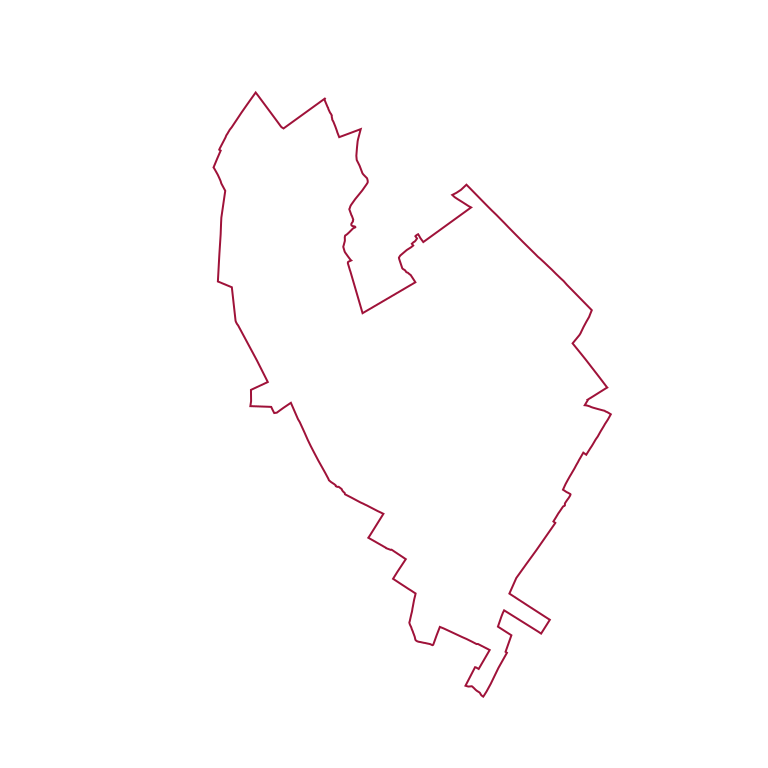 Sihlea, Vrancea, Romania (Robinson projection), rotated 122°
{"feature_id": "2599482B87031961829785", "entity_name": "Sihlea", "entity_type": "district", "adm_level": 2, "iso_a3": "ROU", "parent_name": "Romania", "parent_adm1": "Vrancea", "projection": "robinson", "projection_center": [27.167, 45.48], "detail": "fine", "context": "isolated", "style": "outline", "palette": "rose", "viewbox_px": 768, "rotation_deg": 122, "n_neighbors": 0, "source": "geoboundaries", "source_scale": "gbopen_adm2", "svg_char_len": 6142}
<svg xmlns="http://www.w3.org/2000/svg" viewBox="0 0 768 768"><g transform="rotate(122 384 384)"><path d="M360.6,592.7L364.8,590.4L376.2,584.1L385.1,579.2L382.6,564.3L408.9,543.5L409.3,543.1L409.9,542.3L410.8,540.8L411.1,540.2L411.6,538.8L431.4,504.2L443.9,483.6L459.5,493.7L469.0,487.6L473.6,485.6L469.6,478.7L464.3,469.5L463.2,467.5L464.9,464.9L466.8,461.7L465.1,459.7L461.8,458.4L457.4,456.6L449.3,453.0L459.4,438.3L461.0,435.2L467.2,425.8L471.7,419.2L475.3,413.5L478.8,407.6L483.7,399.2L490.5,386.8L493.9,380.9L494.8,379.7L495.2,377.1L495.3,373.0L495.6,371.1L496.2,370.7L496.0,369.1L495.2,368.0L495.5,364.5L495.7,363.9L496.3,363.2L496.9,361.6L497.2,359.7L498.2,358.6L497.6,351.5L497.2,345.4L496.9,341.1L496.5,338.2L496.3,335.9L496.1,334.5L495.1,321.9L494.7,318.7L494.4,315.7L507.8,315.7L520.0,315.7L522.7,315.8L521.9,295.4L522.1,295.2L521.1,290.4L520.5,289.8L521.0,272.7L535.8,273.1L544.4,273.1L544.5,268.5L544.6,265.1L544.7,259.1L544.8,255.0L544.8,251.2L544.9,248.0L544.9,246.2L546.8,245.5L549.6,244.6L551.1,244.1L557.7,241.5L559.3,240.9L561.6,239.9L563.0,239.4L564.0,239.1L564.9,238.8L566.9,238.1L570.3,236.9L571.7,236.4L572.7,236.2L573.2,235.8L574.0,234.9L575.0,233.5L575.4,232.7L576.3,231.5L577.1,230.6L578.7,228.3L579.5,227.4L580.2,226.4L581.4,224.9L581.9,224.2L584.2,221.9L584.5,221.3L584.6,220.5L584.6,220.1L584.6,219.6L584.5,219.0L584.3,218.3L584.1,217.6L583.8,217.0L583.4,216.0L583.0,214.8L582.7,214.0L582.3,212.8L582.0,212.3L581.1,209.7L580.5,208.1L580.1,206.9L580.0,206.2L580.0,205.6L579.8,204.5L579.4,204.2L579.0,204.1L575.2,204.9L569.3,206.2L560.4,207.9L559.7,204.0L558.9,197.6L557.2,183.6L556.5,178.9L555.9,172.8L555.5,167.7L554.7,166.6L553.6,153.4L575.5,152.7L575.6,155.8L575.9,156.7L596.7,155.0L596.5,154.2L596.2,153.2L595.9,152.2L595.0,150.9L594.1,149.8L593.8,149.3L593.8,149.0L593.9,148.5L593.9,148.1L594.1,147.4L594.2,146.6L594.4,145.9L594.8,144.1L594.9,143.4L595.0,142.5L595.0,141.2L595.0,139.6L595.2,138.8L595.6,138.0L596.0,137.5L596.4,136.3L596.6,134.2L595.5,134.1L590.3,134.1L581.7,134.6L564.2,136.5L546.8,137.3L546.7,139.0L529.6,142.8L529.4,158.8L519.0,161.2L515.2,161.9L512.3,162.2L512.3,150.1L512.3,122.0L512.4,118.5L496.1,118.4L495.8,138.6L495.7,146.0L495.3,166.6L478.4,169.0L461.1,167.9L443.9,166.7L411.5,165.1L411.0,165.1L410.8,167.5L408.7,167.5L406.1,167.5L401.4,167.6L399.9,167.5L397.6,167.4L394.4,167.3L392.9,167.2L392.5,167.0L391.9,166.5L391.4,166.3L391.1,166.3L390.8,166.4L389.9,167.1L389.1,167.3L387.9,167.3L385.4,167.2L383.0,167.0L380.5,167.0L379.0,167.2L378.7,167.4L378.6,167.8L378.7,169.6L378.7,170.3L378.8,171.0L378.9,172.0L378.8,174.7L378.8,176.2L374.2,176.8L372.6,177.0L367.8,177.3L363.3,177.5L361.7,177.5L359.0,177.6L355.0,177.7L350.6,178.0L347.4,178.1L345.3,178.3L341.7,178.4L339.1,178.5L336.6,178.6L336.8,175.0L329.5,175.0L326.4,174.9L322.2,175.0L319.0,175.1L316.9,175.0L315.3,174.9L309.4,175.2L302.7,175.3L301.1,175.4L295.4,175.3L291.5,175.5L289.5,175.6L289.5,177.0L289.5,178.5L289.6,180.0L289.9,181.7L289.8,182.7L290.4,184.5L291.9,189.4L293.3,194.2L293.8,196.3L293.8,196.7L293.9,197.5L294.5,199.8L294.9,201.0L295.6,202.5L291.9,202.6L289.8,202.6L289.6,203.1L283.4,200.0L277.8,197.3L270.8,193.9L268.7,192.8L268.5,193.5L264.2,204.8L259.3,218.1L256.7,225.1L254.8,230.5L249.6,245.6L239.0,244.2L236.7,244.2L236.2,244.3L229.9,245.0L224.0,245.4L221.2,245.5L218.4,245.6L215.9,246.1L211.3,246.9L202.9,281.6L201.5,286.2L200.7,290.5L199.4,296.7L198.1,302.2L197.0,307.7L196.0,312.5L195.0,317.8L194.5,321.1L193.7,324.4L189.9,341.4L187.5,351.6L185.0,362.0L183.7,367.1L182.3,373.0L181.0,378.4L179.8,384.1L178.5,389.8L174.9,404.7L172.5,414.6L171.3,419.7L178.5,421.6L183.5,423.9L187.5,426.3L188.1,423.1L188.2,419.4L188.2,416.5L188.2,414.5L188.3,406.5L188.1,403.7L242.8,425.9L241.7,428.7L241.0,430.4L240.6,431.2L239.9,432.4L239.0,434.2L238.9,434.4L239.5,434.8L240.8,435.4L242.0,435.7L243.1,433.1L245.3,433.2L246.7,433.4L247.4,433.7L248.0,434.1L250.3,434.7L251.1,432.6L253.7,433.5L258.3,435.7L266.5,438.3L268.9,438.3L269.1,438.2L270.0,437.3L276.2,429.8L276.4,429.0L276.4,426.6L276.6,425.9L277.1,424.9L277.3,424.2L277.0,422.6L277.2,421.6L277.4,420.2L277.4,419.2L279.4,414.9L281.1,411.3L335.3,439.7L306.5,472.0L305.2,473.6L303.5,475.5L300.8,478.6L300.3,478.9L299.8,479.1L299.5,479.1L298.9,478.8L296.6,477.3L296.5,478.0L296.1,479.1L294.9,482.2L293.5,485.6L293.0,486.8L292.5,487.6L289.3,491.2L288.5,491.5L288.0,491.6L286.1,492.2L283.8,492.9L283.3,493.1L282.3,493.7L280.4,495.0L279.1,495.5L278.7,495.6L277.9,495.2L276.4,494.6L273.4,493.8L269.7,493.0L269.1,492.9L268.1,492.5L267.4,492.1L266.6,491.5L266.2,491.4L266.0,491.6L265.9,491.9L266.1,492.8L266.6,494.0L266.8,494.5L266.7,495.5L266.4,496.0L265.8,496.4L265.3,496.6L264.6,496.6L264.0,496.6L263.4,496.5L262.7,496.5L262.3,496.6L262.1,496.9L261.4,497.0L260.9,497.2L259.8,498.6L258.4,500.4L258.3,500.8L257.2,502.2L254.6,505.5L254.1,506.1L253.2,506.2L252.7,506.3L251.2,506.7L250.0,506.8L249.3,506.8L242.6,506.4L241.7,506.3L237.0,505.7L231.3,505.0L227.4,504.8L223.9,504.6L222.0,504.6L221.6,504.7L220.9,505.1L220.3,505.5L219.7,506.1L219.3,506.5L218.7,507.2L218.4,507.7L218.3,508.3L217.5,511.6L217.2,512.7L216.9,513.5L216.6,514.1L214.6,516.7L211.8,520.4L209.9,523.5L208.7,525.5L208.4,525.9L205.1,528.4L198.2,532.0L192.1,535.0L190.2,535.7L181.2,538.5L180.2,538.8L190.1,546.4L198.4,552.8L195.8,556.3L195.3,557.0L194.8,557.5L193.5,559.1L191.3,561.9L188.6,565.6L188.0,566.5L187.9,566.8L187.8,567.1L187.6,567.4L187.0,568.2L186.1,568.8L185.8,569.3L184.8,570.1L184.2,570.4L183.9,570.6L183.8,570.8L183.8,571.0L183.5,571.3L183.0,572.2L182.5,573.5L180.3,576.9L179.4,577.8L179.1,578.5L174.6,584.9L173.9,585.3L172.5,585.1L220.2,604.5L220.5,604.6L220.5,605.4L220.5,606.8L220.4,607.4L220.0,608.5L217.8,614.0L213.2,625.7L206.3,643.3L204.8,647.3L208.2,647.5L214.7,647.9L219.9,648.2L229.6,648.7L237.1,648.9L243.2,649.1L247.0,649.2L249.6,649.5L250.1,649.6L250.9,649.5L253.1,649.5L254.5,649.4L256.0,649.5L257.3,649.4L258.7,649.1L259.8,649.0L271.3,648.1L272.6,647.9L272.6,646.2L281.8,644.8L290.7,643.3L290.9,642.7L294.6,635.9L296.5,633.0L298.2,630.5L299.0,629.5L300.1,628.3L304.3,621.0L329.1,610.1L333.6,607.6L343.7,601.8L360.6,592.7Z" fill="none" stroke="#9f1239" stroke-width="2"/></g></svg>